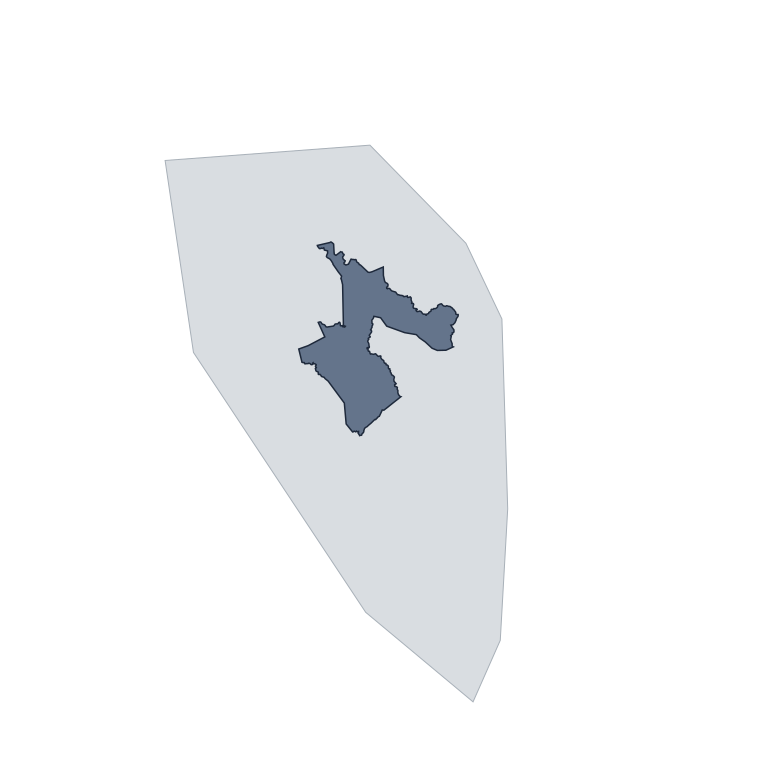 Central Forest Reserve, Soufrière, Saint Lucia shown in context, rotated 144°
{"feature_id": "8701671B48782263961868", "entity_name": "Central Forest Reserve", "entity_type": "district", "adm_level": 2, "iso_a3": "LCA", "parent_name": "Saint Lucia", "parent_adm1": "Soufrière", "projection": "orthographic", "projection_center": [-60.974, 13.868], "detail": "fine", "context": "in_parent", "style": "filled", "palette": "slate", "viewbox_px": 768, "rotation_deg": 144, "n_neighbors": 0, "source": "geoboundaries", "source_scale": "gbopen_adm2", "svg_char_len": 6268}
<svg xmlns="http://www.w3.org/2000/svg" viewBox="0 0 768 768"><g transform="rotate(144 384 384)"><path d="M519.6,521.5L429.7,693.5L255.0,585.5L235.0,449.7L250.4,367.3L357.3,210.3L440.6,108.3L498.8,74.5L533.0,210.0L519.6,521.5Z" fill="#d9dde1" stroke="#a8b0b8" stroke-width="1"/><path d="M371.5,384.3L371.9,386.1L372.4,386.8L372.4,387.0L371.9,388.5L371.8,389.0L371.8,390.0L371.7,390.4L371.0,390.9L370.9,392.3L370.4,392.8L370.6,393.1L371.2,393.5L371.2,394.0L370.9,394.7L370.3,395.3L370.0,396.0L370.0,396.7L370.2,397.4L370.9,398.2L370.9,398.5L370.8,398.8L370.4,399.3L370.4,399.7L371.3,400.6L371.2,401.5L370.5,403.1L370.8,404.1L371.2,404.9L371.2,406.7L370.9,407.7L370.3,408.1L370.2,408.6L370.6,409.0L372.0,409.5L372.4,409.8L372.7,410.8L372.9,412.9L373.2,413.5L375.1,414.2L376.5,415.8L377.2,416.0L377.4,416.5L376.5,418.9L376.7,419.3L377.3,419.7L377.3,420.0L376.9,421.0L376.4,421.5L376.1,421.9L376.4,422.3L376.9,422.5L376.6,423.1L376.2,423.2L375.5,422.9L374.8,422.2L374.4,422.3L374.0,422.7L373.7,423.6L372.7,425.3L372.4,426.3L372.2,427.9L371.9,428.3L371.4,428.7L370.2,429.0L370.1,429.9L369.8,430.2L369.5,430.2L368.3,430.1L367.5,430.2L367.3,430.6L367.4,431.8L367.3,432.0L367.1,432.2L365.1,432.8L363.5,433.4L362.9,434.1L362.8,434.9L363.0,435.7L361.9,436.0L361.2,436.6L360.2,437.0L359.7,437.9L358.5,438.4L357.8,439.0L357.7,439.3L358.0,440.0L358.0,440.4L357.4,441.0L356.6,442.5L356.2,442.8L354.8,443.2L353.4,443.8L352.5,444.7L351.9,444.2L347.8,439.6L347.8,429.2L337.1,413.4L328.8,404.9L328.2,400.5L325.9,393.8L324.1,384.7L321.1,379.8L314.0,374.9L306.1,373.3L306.6,374.3L306.2,375.2L305.2,376.5L304.0,380.8L301.6,383.0L301.6,383.9L299.3,384.1L298.8,385.2L297.9,384.8L296.8,385.0L295.6,386.7L295.6,389.4L295.3,392.3L293.3,391.4L290.6,391.9L288.1,393.3L287.1,394.3L284.6,395.1L283.9,395.6L283.2,396.6L284.2,397.4L284.8,398.4L283.8,399.9L283.8,403.4L284.1,403.9L284.1,405.3L285.1,408.1L286.0,408.7L286.6,409.7L287.5,410.6L288.5,410.6L289.1,411.2L289.9,412.1L290.2,413.0L290.3,414.9L290.4,415.1L291.4,415.6L292.8,415.9L294.2,416.0L294.5,415.9L295.2,415.0L295.8,414.7L297.1,414.6L298.5,414.9L299.2,415.7L300.4,415.5L301.3,416.3L301.8,416.5L302.2,416.4L302.9,415.5L303.3,415.4L305.3,415.5L305.7,415.5L306.4,414.9L307.3,415.0L308.2,415.4L308.6,415.4L309.2,414.8L309.4,414.9L309.6,415.1L309.7,415.4L309.7,416.4L311.0,417.2L311.1,417.4L311.5,418.6L311.4,419.0L311.4,420.5L311.5,421.0L312.0,421.4L312.1,422.0L313.8,422.6L314.7,423.1L314.9,423.9L314.8,424.8L314.5,425.1L314.2,425.1L313.7,424.7L313.4,424.7L313.3,425.0L313.3,425.6L313.5,425.9L314.1,426.4L315.3,427.7L315.5,428.1L315.5,428.4L315.4,428.8L315.0,429.4L313.1,431.1L313.0,431.8L313.1,432.0L314.3,433.0L314.0,433.4L313.3,433.7L312.8,435.7L312.3,436.6L311.6,437.4L311.4,437.9L311.5,439.0L313.7,439.9L313.9,440.1L313.9,440.7L313.4,441.6L314.8,442.0L315.4,442.5L316.2,442.7L316.8,443.3L316.8,444.4L317.8,445.3L318.1,445.8L318.3,445.8L318.8,446.2L319.4,446.9L319.5,447.5L320.0,447.9L320.4,448.1L320.6,449.7L320.5,451.2L320.6,451.6L322.6,454.2L323.1,455.0L323.2,455.6L323.3,457.8L323.8,458.5L324.6,459.0L325.2,459.0L325.6,459.7L325.0,460.7L323.5,460.8L323.1,461.1L322.2,462.3L322.3,463.6L323.2,465.3L323.0,466.9L320.7,472.1L315.8,479.1L327.9,481.9L330.0,482.7L331.2,483.8L333.0,493.6L333.4,494.7L333.8,495.1L333.5,496.7L334.2,498.3L334.2,499.3L333.6,500.6L333.7,501.3L334.0,501.5L334.8,501.8L335.2,502.5L335.7,502.7L336.2,503.3L336.7,503.5L336.9,504.1L337.3,504.4L342.4,501.8L342.7,502.0L344.5,502.5L345.1,502.9L345.3,503.8L345.7,504.3L345.7,504.7L345.0,505.7L343.8,505.8L343.0,506.5L343.4,507.2L343.3,507.7L343.5,508.4L343.6,509.3L343.3,510.0L343.0,510.8L342.6,511.2L341.0,511.6L340.3,512.0L340.2,512.5L340.7,513.5L340.2,515.2L340.9,515.8L341.2,516.5L347.2,516.3L347.5,516.7L347.5,517.1L347.8,517.6L347.9,518.1L347.8,518.6L347.3,519.1L347.3,519.4L342.5,526.8L342.8,528.5L343.3,529.9L343.7,530.2L344.7,530.3L356.5,535.3L356.8,534.4L356.7,531.6L356.5,531.3L355.8,530.9L354.8,530.8L354.4,530.0L352.7,529.6L353.5,527.4L351.4,524.9L352.7,523.0L354.6,521.9L355.7,520.9L355.6,519.6L354.4,517.2L354.2,515.1L354.5,511.5L354.9,510.8L355.1,501.4L354.9,496.2L356.9,494.6L356.7,494.4L359.1,488.7L382.3,455.4L382.3,454.9L381.3,453.4L381.8,453.2L382.3,453.2L382.6,453.3L382.8,453.6L382.7,453.9L382.8,454.3L383.5,454.4L383.8,454.8L383.5,455.8L384.7,456.4L384.9,456.7L384.8,457.2L384.3,458.0L383.6,459.5L383.6,459.9L383.8,460.2L384.1,460.3L384.6,460.3L386.0,459.8L387.4,460.8L388.4,461.2L389.8,460.7L390.9,460.6L395.1,462.8L396.2,463.3L396.8,463.8L397.3,464.4L397.2,466.0L397.4,467.0L398.7,468.7L398.8,469.7L398.7,470.9L398.8,471.4L399.5,472.0L401.0,472.5L404.2,456.9L422.8,459.6L432.4,462.4L437.5,450.0L437.6,449.9L436.9,448.8L436.2,448.5L435.9,448.2L435.9,447.9L436.2,447.2L436.2,446.9L435.9,446.6L435.0,446.2L434.8,446.0L434.2,445.7L433.5,445.1L432.8,445.1L432.4,444.9L432.1,444.3L431.8,443.9L431.6,442.6L431.0,442.0L430.5,441.9L429.1,442.9L428.8,442.9L429.2,441.7L428.3,441.3L428.1,441.2L427.9,440.5L427.6,440.0L427.5,439.5L427.8,439.1L428.7,438.9L429.1,438.6L429.2,438.1L429.0,437.3L429.1,437.0L430.4,436.9L430.6,436.7L430.7,436.0L431.2,435.0L431.3,434.4L431.1,433.8L430.6,433.1L430.4,432.5L430.2,432.3L430.6,431.6L431.3,430.8L431.4,430.4L431.2,430.0L430.3,429.6L430.1,429.4L430.1,428.6L429.9,427.9L430.2,426.9L428.5,424.6L428.5,422.9L427.5,419.3L427.3,391.9L438.1,373.9L437.6,363.6L437.3,363.4L436.3,363.5L435.8,363.3L435.5,363.0L435.3,362.3L435.1,362.0L433.9,362.0L433.9,361.4L433.7,361.1L432.4,360.6L432.8,360.0L433.2,359.7L433.6,359.6L433.9,359.2L433.8,358.7L433.9,358.3L433.8,357.5L434.1,356.6L433.4,356.4L432.6,355.9L432.1,355.8L431.4,356.4L430.9,356.6L430.1,356.8L429.6,356.7L428.7,357.1L428.2,357.5L427.8,358.2L427.1,358.5L426.2,359.3L425.4,359.6L423.5,359.6L422.5,359.4L421.2,359.7L417.7,359.9L413.0,360.6L412.0,360.6L411.7,360.1L409.9,360.5L409.3,360.5L408.7,360.8L407.3,360.8L406.8,360.6L401.5,363.5L401.0,364.0L400.8,364.0L400.3,363.7L399.5,362.9L399.1,362.9L377.8,363.8L378.2,364.3L378.4,365.1L378.5,366.5L378.4,367.4L377.8,369.0L376.5,370.7L376.5,371.8L375.8,372.8L375.3,373.2L375.2,373.5L375.4,374.1L375.8,374.8L376.6,375.6L376.6,376.0L376.4,376.3L376.2,376.3L375.9,377.1L375.7,377.3L374.5,377.0L374.0,377.1L374.3,380.2L374.0,380.8L373.4,381.9L371.5,383.5L371.5,384.3Z" fill="#64748b" stroke="#1e293b" stroke-width="1.5"/></g></svg>